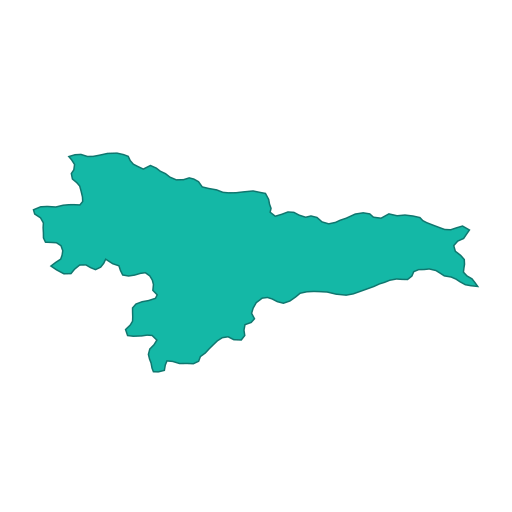 outline of Joanésia, Minas Gerais, Brazil, rotated 267°
{"feature_id": "56859067B98397226350347", "entity_name": "Joanésia", "entity_type": "district", "adm_level": 2, "iso_a3": "BRA", "parent_name": "Brazil", "parent_adm1": "Minas Gerais", "projection": "equal_earth", "projection_center": [-42.708, -19.227], "detail": "fine", "context": "isolated", "style": "filled", "palette": "teal", "viewbox_px": 512, "rotation_deg": 267, "n_neighbors": 0, "source": "geoboundaries", "source_scale": "gbopen_adm2", "svg_char_len": 2872}
<svg xmlns="http://www.w3.org/2000/svg" viewBox="0 0 512 512"><g transform="rotate(267 256 256)"><path d="M313.8,36.2L309.5,37.2L305.4,42.8L300.2,45.4L295.5,44.9L290.2,44.9L285.2,44.7L280.8,46.5L280.3,51.8L279.7,57.4L276.5,61.8L271.4,63.3L267.0,62.4L263.1,60.8L260.0,55.5L256.7,50.7L252.6,56.1L248.3,63.2L248.1,70.3L252.3,74.1L256.2,79.4L256.0,85.7L253.0,90.3L250.8,95.0L253.0,100.3L256.6,103.5L260.7,105.7L255.8,112.5L253.4,118.6L248.6,119.9L244.0,121.9L242.7,127.7L243.3,133.8L244.7,139.6L245.1,144.6L241.7,148.9L237.4,151.2L232.9,152.1L227.1,151.2L222.4,155.3L219.0,153.4L217.1,146.3L216.3,139.9L214.3,133.6L210.6,130.0L206.2,129.8L201.6,129.7L197.3,129.3L193.6,126.8L189.4,121.9L183.3,123.6L182.3,129.3L182.2,137.8L182.7,143.1L182.1,148.1L177.2,152.6L172.7,149.5L168.7,145.1L163.4,143.4L158.6,144.3L154.7,145.6L149.5,146.3L145.8,147.5L145.4,152.4L146.6,158.5L151.9,159.7L155.9,161.6L155.1,167.2L152.6,174.1L152.3,181.7L151.7,187.8L153.9,193.2L158.5,195.2L161.8,200.3L165.9,204.5L169.7,208.8L173.4,213.1L176.2,218.1L176.8,223.9L173.6,229.4L172.9,236.9L177.2,240.6L182.6,240.1L188.0,241.4L189.9,247.7L193.4,251.2L199.0,248.6L204.1,250.4L209.4,253.8L213.6,260.0L214.0,265.3L212.3,269.8L209.3,274.9L207.4,280.9L209.3,287.5L213.0,293.4L216.5,298.1L217.6,304.8L217.6,311.9L217.1,317.6L216.3,325.2L213.7,334.0L212.2,344.0L213.1,351.1L215.0,357.5L217.5,365.8L219.4,372.1L221.7,377.9L223.0,383.1L224.8,388.3L225.7,395.1L225.0,400.7L224.6,406.1L227.8,410.6L232.1,412.7L233.9,417.7L233.7,423.0L234.0,428.3L232.1,434.9L229.3,438.9L226.3,443.0L224.8,449.8L222.4,454.6L219.7,458.2L216.4,463.5L215.1,468.9L214.0,475.8L217.9,473.3L221.9,470.5L225.0,465.7L229.0,462.3L233.1,463.0L236.8,463.8L241.6,463.8L245.9,460.4L250.3,455.3L256.0,454.0L260.3,458.2L262.7,464.3L267.2,467.7L270.8,470.5L275.1,463.8L273.6,457.5L272.0,451.8L272.6,445.8L274.6,441.1L277.5,434.5L280.4,428.1L282.6,424.4L285.8,421.7L287.7,414.9L289.1,406.9L288.8,399.0L291.1,390.9L287.2,382.9L288.6,375.3L292.1,371.8L293.5,365.3L292.7,357.3L290.7,352.3L289.0,348.0L287.3,341.9L285.4,337.2L284.3,330.3L286.6,323.7L291.3,318.9L293.1,313.0L292.1,307.6L294.6,301.1L297.6,296.1L298.3,290.2L296.3,283.9L294.7,277.3L299.0,272.4L302.8,273.5L307.1,272.2L311.8,271.6L318.0,268.7L319.2,263.7L321.1,256.5L320.7,247.2L320.2,239.3L320.5,231.8L321.3,226.3L324.1,220.1L325.9,212.3L327.8,205.9L333.2,202.5L336.1,197.9L337.5,193.4L336.0,187.6L336.2,180.4L339.3,174.1L342.9,170.0L345.7,164.8L349.0,161.0L351.9,155.3L348.7,148.0L351.7,142.4L354.1,138.3L357.8,135.4L362.2,133.6L364.2,129.0L366.0,122.6L366.2,113.1L364.8,104.6L364.0,98.7L364.2,92.9L366.6,86.5L366.6,80.6L365.1,74.3L361.5,77.0L356.9,79.6L351.6,78.6L348.0,75.9L342.5,76.7L338.7,80.8L335.1,83.6L330.1,84.7L324.1,85.8L319.5,85.8L316.2,82.8L316.8,76.7L317.0,71.7L316.8,66.1L315.4,58.6L316.4,50.2L316.4,43.5L313.8,36.2Z" fill="#14b8a6" stroke="#0f766e" stroke-width="1.5"/></g></svg>